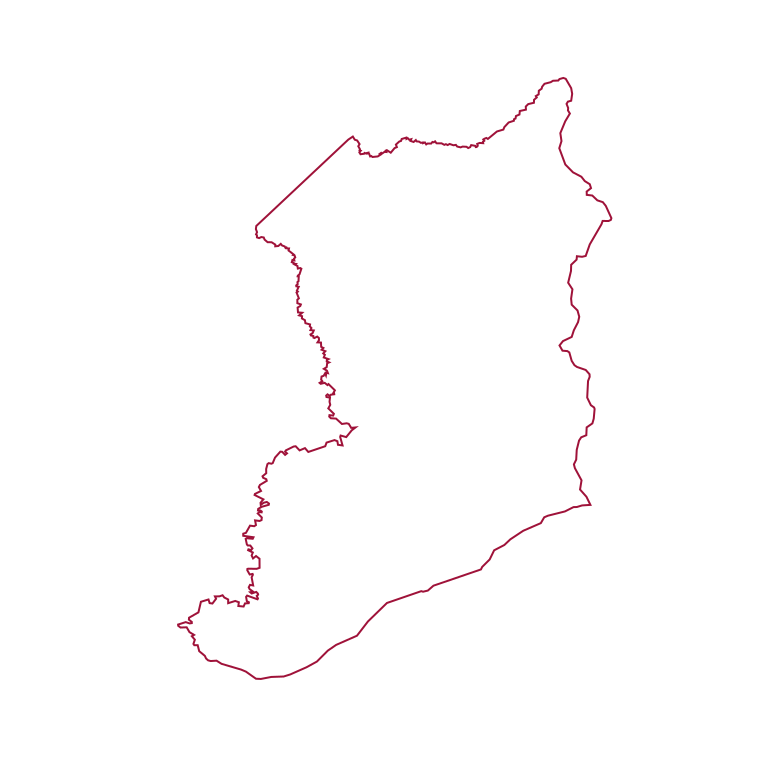 Memot, Kâmpóng Cham, Cambodia, rotated 251°
{"feature_id": "14789045B36806562781005", "entity_name": "Memot", "entity_type": "district", "adm_level": 2, "iso_a3": "KHM", "parent_name": "Cambodia", "parent_adm1": "Kâmpóng Cham", "projection": "natural_earth1", "projection_center": [106.235, 11.913], "detail": "fine", "context": "isolated", "style": "outline", "palette": "rose", "viewbox_px": 768, "rotation_deg": 251, "n_neighbors": 0, "source": "geoboundaries", "source_scale": "gbopen_adm2", "svg_char_len": 6166}
<svg xmlns="http://www.w3.org/2000/svg" viewBox="0 0 768 768"><g transform="rotate(251 384 384)"><path d="M197.7,122.8L191.5,122.3L185.3,126.1L182.4,126.4L180.0,127.7L178.5,129.9L176.9,135.6L172.3,139.3L160.5,155.9L157.0,159.8L147.0,167.0L145.2,171.6L143.7,182.1L140.1,193.9L139.9,200.8L141.4,218.5L143.4,230.2L150.2,244.1L152.9,253.8L154.8,276.5L164.7,291.5L176.0,315.5L176.0,351.8L174.9,353.3L174.4,358.2L177.2,365.1L177.1,415.3L179.1,417.3L183.7,426.8L190.9,434.0L192.6,445.4L196.0,452.9L199.9,467.9L201.4,487.0L205.8,492.1L206.1,496.2L204.6,513.6L205.9,523.1L204.9,526.3L204.7,531.8L202.5,539.8L211.5,538.7L220.4,535.0L228.6,539.4L242.3,537.1L246.2,537.4L249.9,541.1L259.0,544.8L267.0,550.0L269.4,553.1L269.7,558.6L277.0,561.5L278.9,568.2L282.9,571.0L291.8,575.0L293.4,575.0L296.6,572.7L305.0,571.7L320.4,577.9L323.8,580.8L326.3,581.5L331.6,579.3L337.3,572.0L339.8,570.2L344.8,569.0L353.5,569.5L355.4,568.1L357.4,563.6L363.3,562.5L366.3,567.2L367.4,576.8L373.0,581.0L379.3,587.6L384.0,590.5L390.5,590.9L397.9,587.3L403.8,588.7L412.2,593.0L419.8,591.1L430.0,597.6L435.8,599.8L438.9,606.6L442.0,608.0L439.8,612.7L439.4,616.4L449.0,624.0L464.2,641.6L467.0,643.8L465.0,649.4L465.3,651.9L466.8,653.0L480.2,651.7L484.7,650.1L488.2,645.5L494.4,642.3L496.8,637.3L500.0,638.3L501.8,643.5L505.9,643.6L510.5,639.9L515.7,638.1L522.6,631.6L532.5,626.9L549.9,626.5L555.9,630.9L563.8,632.4L573.4,640.9L579.2,647.8L582.8,647.0L585.0,648.0L589.4,647.8L591.1,649.8L590.9,653.2L597.1,656.4L602.8,657.3L613.4,655.2L615.0,653.2L615.2,649.2L614.2,647.6L615.7,642.5L615.1,639.9L615.6,633.5L613.6,630.3L611.9,629.2L610.9,625.9L607.5,624.5L606.8,621.3L605.2,621.7L603.9,618.4L601.1,617.3L601.7,611.5L600.2,608.4L597.2,607.5L597.9,601.3L594.7,599.8L594.4,596.0L592.2,594.8L592.0,593.1L590.6,592.5L590.7,587.0L587.7,581.4L585.7,579.7L586.0,573.0L581.9,562.0L583.3,560.9L583.2,558.7L582.9,557.5L581.3,558.0L580.8,556.4L579.4,556.2L580.8,552.9L580.7,550.3L578.7,550.2L577.9,548.7L578.1,547.9L579.5,547.8L581.5,544.2L579.9,542.6L579.7,540.4L581.4,539.3L582.9,535.6L582.8,533.5L584.7,530.5L586.7,529.8L587.1,527.4L589.6,524.2L589.2,522.0L590.6,520.6L590.5,518.9L592.8,516.8L594.5,512.0L596.8,511.3L596.3,509.7L597.1,508.6L596.0,506.9L597.2,503.4L596.8,501.9L599.1,501.3L599.0,499.3L599.7,499.4L600.0,497.4L601.8,496.0L602.8,493.8L604.3,493.5L603.2,490.8L605.2,488.2L606.6,489.4L606.7,487.4L608.7,486.5L608.4,485.0L609.7,485.3L609.9,480.5L608.3,479.3L608.3,477.4L606.5,473.2L603.8,473.3L603.6,470.8L600.5,465.7L604.2,462.8L604.1,461.6L602.6,461.7L603.3,460.0L602.5,457.1L603.5,456.6L602.9,454.7L601.9,455.2L601.2,452.2L602.4,447.0L603.7,446.2L603.7,445.0L606.9,444.9L607.3,443.4L607.9,444.0L608.2,440.8L609.3,441.5L608.2,440.0L608.9,436.6L611.0,436.1L612.1,437.9L612.8,436.9L613.8,437.7L617.2,437.1L618.8,439.0L623.0,437.9L624.5,435.9L628.1,435.1L626.7,429.8L575.0,314.7L572.2,313.3L568.9,313.4L567.1,311.7L566.0,312.3L564.0,311.6L562.6,313.4L562.9,315.8L561.7,318.0L559.4,318.1L556.0,320.1L554.6,323.9L551.2,326.6L549.6,326.0L548.9,329.0L550.1,332.0L548.2,332.7L546.4,334.9L544.6,335.2L544.8,336.3L543.7,336.5L543.1,338.3L541.3,337.2L535.8,340.8L535.5,340.1L534.6,341.3L532.6,341.3L531.8,339.7L530.1,339.5L531.1,337.8L529.2,336.5L528.2,338.0L527.3,337.6L526.3,339.6L525.9,338.6L523.8,340.6L521.2,340.1L520.9,342.6L519.9,343.4L515.2,339.8L514.5,337.8L513.9,337.4L513.4,338.4L509.0,336.6L508.5,335.3L506.5,334.9L505.8,333.1L504.9,332.9L503.7,335.0L500.6,332.0L499.4,332.6L499.0,331.1L492.7,331.4L491.9,329.5L488.6,328.4L486.3,331.3L485.0,330.2L484.4,327.2L479.7,326.0L478.0,329.8L476.5,326.1L474.8,328.6L472.7,327.7L470.1,330.0L467.1,329.5L464.4,333.5L462.7,332.6L460.6,333.6L458.9,332.0L457.5,335.0L455.4,333.1L454.8,330.6L453.7,330.7L452.4,332.8L450.8,332.4L450.1,333.2L450.6,336.3L448.7,337.4L446.6,336.8L445.0,334.7L443.7,337.9L439.6,336.7L437.8,338.4L436.7,336.2L434.1,339.2L432.7,336.5L430.9,337.6L428.7,335.7L425.6,339.6L425.3,337.8L424.0,337.2L422.3,339.1L422.1,337.0L418.6,335.3L417.9,332.1L415.2,334.4L412.5,334.5L413.4,333.1L411.1,331.9L413.2,331.7L411.4,329.6L411.4,327.4L408.6,326.0L406.7,326.6L406.0,323.5L404.8,324.2L404.4,328.3L401.4,330.2L402.0,331.5L394.0,335.5L391.6,332.7L391.5,333.8L390.5,333.6L391.2,330.3L390.4,329.0L392.6,327.2L391.9,325.6L390.4,325.4L388.7,328.5L384.9,326.7L381.8,326.4L379.1,323.4L372.1,326.9L370.7,325.6L372.3,322.3L371.0,321.6L368.9,322.6L366.9,327.4L359.9,331.2L359.0,335.9L357.8,337.7L353.2,338.7L352.2,342.9L350.7,338.4L346.1,331.0L349.4,326.2L348.2,325.3L339.4,324.8L341.5,320.7L345.1,321.3L347.1,318.9L347.3,310.6L344.3,308.2L344.4,290.3L349.1,288.4L348.7,282.6L353.9,280.2L354.3,278.2L353.2,269.6L352.3,268.5L350.0,269.7L349.2,267.4L353.0,265.7L353.8,264.0L349.9,257.0L345.4,253.0L345.3,251.6L346.7,249.2L346.2,247.7L342.0,244.9L338.0,243.6L336.3,239.1L334.7,239.2L332.3,241.7L330.6,241.6L329.0,233.9L327.3,232.1L322.9,232.9L322.1,226.2L321.2,225.5L314.2,232.4L311.9,228.6L309.8,228.1L310.9,231.6L310.6,234.8L308.4,236.3L307.3,235.7L307.7,228.4L306.9,224.4L305.5,223.7L304.6,226.0L303.2,226.9L302.5,226.5L303.5,224.5L302.7,222.5L297.6,225.0L295.2,223.9L295.0,221.8L297.0,217.7L292.3,217.0L291.8,215.0L293.7,211.2L288.2,205.0L288.3,202.2L287.3,201.8L286.3,201.5L281.6,210.7L280.4,209.5L282.8,204.1L282.6,202.8L276.9,202.1L275.7,202.6L274.8,205.0L271.4,206.1L270.3,204.4L271.8,202.0L271.1,201.4L267.4,205.1L264.9,203.0L261.7,203.4L263.0,207.0L259.3,209.4L250.7,206.5L250.7,203.4L253.6,195.4L253.6,194.6L252.4,194.1L247.6,195.0L247.2,197.9L246.3,197.9L244.3,195.9L236.1,194.7L237.7,191.9L235.8,189.9L233.7,190.2L230.2,192.7L230.7,189.7L229.0,190.7L229.0,195.5L226.9,196.5L225.8,196.4L225.1,194.7L222.2,195.0L221.6,194.3L228.5,185.7L227.6,184.3L223.3,183.6L221.6,185.2L220.8,184.7L221.8,181.1L219.3,178.8L221.5,174.0L224.9,175.7L227.3,172.7L227.5,165.3L231.0,166.5L234.1,163.5L236.8,162.6L236.8,159.3L238.2,155.0L235.6,155.3L232.3,150.3L233.6,147.8L237.4,147.9L237.7,140.0L228.5,134.2L226.5,123.6L224.7,122.8L221.6,124.8L220.5,124.4L220.9,122.3L223.4,119.0L223.6,111.0L222.4,110.7L220.0,112.3L218.2,118.2L212.7,119.3L208.6,122.7L208.1,120.2L203.8,121.9L200.3,119.2L198.8,119.6L197.7,122.8Z" fill="none" stroke="#9f1239" stroke-width="2"/></g></svg>